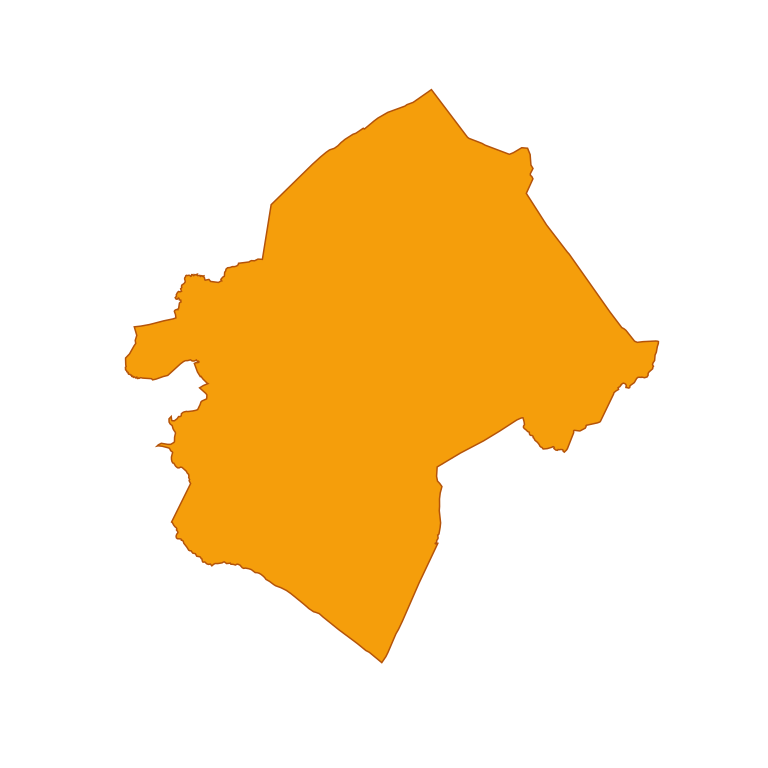 Chilchota, Michoacán, Mexico (Albers equal-area conic projection), rotated 322°
{"feature_id": "50627088B35949960945734", "entity_name": "Chilchota", "entity_type": "district", "adm_level": 2, "iso_a3": "MEX", "parent_name": "Mexico", "parent_adm1": "Michoacán", "projection": "albers", "projection_center": [-102.11, 19.805], "detail": "fine", "context": "isolated", "style": "filled", "palette": "amber", "viewbox_px": 768, "rotation_deg": 322, "n_neighbors": 0, "source": "geoboundaries", "source_scale": "gbopen_adm2", "svg_char_len": 6171}
<svg xmlns="http://www.w3.org/2000/svg" viewBox="0 0 768 768"><g transform="rotate(322 384 384)"><path d="M131.6,362.0L131.9,362.9L131.4,365.6L131.4,367.8L131.8,369.3L131.7,370.2L131.3,370.9L130.6,371.2L130.6,372.9L130.3,374.0L129.5,374.5L128.3,374.7L127.0,375.5L126.2,376.3L125.7,377.4L125.9,378.7L128.3,380.8L128.6,381.5L128.1,382.4L128.8,383.0L129.0,384.3L128.2,386.3L128.2,391.2L127.8,394.7L128.3,395.8L129.2,396.5L129.2,399.6L130.9,401.6L130.4,404.4L132.6,406.9L132.7,408.0L132.4,409.0L132.8,409.8L131.8,411.7L131.6,412.7L132.0,413.2L132.9,413.6L133.3,414.2L133.6,416.5L134.6,418.1L136.3,419.0L136.4,421.3L138.8,421.2L140.4,421.5L142.5,423.2L146.4,425.3L147.8,425.4L148.7,425.9L149.4,428.6L152.6,430.6L152.4,431.8L154.1,433.2L155.5,435.2L157.1,435.4L157.8,435.9L159.0,438.0L159.2,441.5L159.9,442.9L161.4,443.7L163.8,446.4L165.2,448.6L166.4,453.3L168.0,454.7L169.1,456.3L169.9,458.3L170.5,460.9L170.8,463.0L170.7,465.3L172.3,469.2L173.6,474.1L174.4,476.3L177.4,481.1L180.0,486.6L181.6,491.9L185.2,507.7L186.6,514.9L188.3,520.1L189.7,522.0L191.6,525.1L192.5,530.1L197.0,549.4L203.2,572.2L205.6,582.8L207.2,586.3L210.7,602.2L217.6,600.0L221.8,598.0L239.6,588.2L244.3,586.3L252.5,582.2L289.1,562.4L328.1,542.8L326.8,542.1L326.2,541.6L326.3,541.1L328.1,541.3L328.7,540.2L329.4,539.6L330.3,539.5L331.8,538.7L333.3,536.1L333.8,536.3L335.0,536.0L339.9,531.6L343.1,528.3L349.6,517.8L352.4,514.7L357.0,508.7L361.2,504.5L366.5,500.5L366.7,496.8L366.4,493.4L368.6,489.1L374.8,482.1L401.4,485.4L427.4,490.1L446.1,492.3L466.5,494.1L470.6,495.1L472.1,495.7L472.7,496.2L471.2,499.9L469.7,502.5L468.0,503.1L467.2,504.0L467.1,505.4L467.8,508.2L467.9,509.8L468.8,511.5L467.9,512.8L467.7,514.1L468.0,514.8L469.0,515.8L469.3,517.1L468.5,518.1L468.8,518.9L468.3,521.3L469.0,524.5L469.0,527.4L468.6,528.7L468.8,530.2L469.4,531.2L469.4,533.2L472.8,535.4L477.6,537.3L478.2,537.2L478.9,537.7L479.1,538.1L478.9,539.1L478.3,539.2L478.2,539.5L478.7,541.8L479.8,543.0L480.9,542.8L481.2,543.4L483.1,544.5L484.3,545.7L484.3,546.4L483.8,547.1L484.1,548.7L487.2,548.4L488.7,547.9L503.4,539.2L504.7,537.6L505.4,537.6L509.1,541.3L509.7,541.7L515.4,542.7L517.1,541.9L517.4,541.3L518.0,541.1L528.4,546.1L530.8,546.8L531.7,546.6L558.7,533.3L559.9,532.4L562.5,532.3L565.5,532.7L566.2,531.0L568.2,531.3L569.4,531.0L569.9,530.5L570.6,530.8L571.5,530.4L572.5,530.5L573.3,530.8L574.1,532.1L574.3,533.1L573.8,534.7L572.6,535.4L572.5,535.7L573.6,536.8L574.0,537.6L574.6,537.9L575.2,538.1L575.8,537.8L576.8,536.8L582.1,537.0L586.5,535.2L588.2,535.1L589.9,536.3L590.6,537.1L591.3,537.2L593.2,539.5L595.7,540.4L597.5,539.7L598.7,538.2L600.2,537.7L605.1,537.4L606.0,536.4L607.3,535.9L607.3,534.8L607.7,533.9L608.4,533.4L609.2,532.9L611.7,532.1L615.4,528.1L618.2,526.6L622.3,522.9L625.1,521.0L626.4,519.5L626.1,518.9L624.7,517.5L614.2,510.1L609.2,507.1L607.8,504.5L607.7,490.7L607.1,488.1L606.1,486.0L606.4,466.4L609.9,395.5L609.7,392.7L610.0,358.8L613.5,321.4L627.7,314.0L628.2,311.6L627.9,309.5L628.9,308.3L634.1,305.9L634.6,301.9L640.4,293.2L642.3,286.6L638.0,282.6L628.5,281.4L624.2,280.2L610.7,258.0L609.4,254.8L602.1,242.6L601.7,240.8L602.6,181.2L580.3,180.0L574.1,178.0L571.6,177.9L554.3,172.3L543.1,170.7L538.1,170.6L525.6,171.0L525.1,169.7L516.2,169.1L513.3,168.1L504.0,167.2L498.8,167.3L494.4,167.9L490.0,167.7L485.2,166.0L481.1,165.8L473.8,166.0L463.0,166.8L405.5,173.2L364.9,210.9L361.6,208.0L357.9,207.2L355.4,205.1L354.0,204.8L352.7,204.7L343.7,199.3L342.7,200.2L340.5,200.3L338.5,199.5L336.7,198.1L334.4,197.4L332.3,196.1L330.3,196.2L328.5,197.6L327.3,197.8L324.5,200.8L322.7,200.5L319.9,201.1L319.6,202.8L318.7,202.3L317.6,202.3L316.0,202.0L310.5,196.4L310.4,193.8L307.0,192.1L307.2,191.1L307.8,190.1L308.0,188.6L308.7,187.9L308.0,187.6L307.5,187.7L307.1,187.3L307.5,187.0L306.3,185.7L305.6,186.1L305.2,184.5L303.9,184.0L303.6,183.0L304.4,182.5L302.2,181.7L301.8,181.4L301.7,180.9L300.8,181.4L300.3,179.8L299.8,179.4L298.6,180.3L297.9,180.1L297.8,179.1L297.4,178.3L295.7,177.4L295.2,176.7L294.4,176.7L293.4,177.4L292.3,177.7L291.5,178.5L291.1,179.7L290.2,181.2L288.4,181.7L285.5,181.6L284.6,182.3L284.2,183.3L283.7,183.6L282.4,183.7L281.5,186.3L280.0,185.8L279.1,184.6L277.7,184.7L275.2,185.8L274.5,187.1L272.6,187.4L272.4,188.8L272.7,189.4L273.4,189.9L274.9,189.6L275.2,190.3L274.5,191.7L275.5,192.8L274.5,194.4L273.6,194.1L272.6,194.3L268.9,197.8L267.8,198.0L267.4,198.5L266.4,197.6L264.9,197.2L263.9,197.4L263.5,197.7L262.4,201.0L260.7,203.8L257.6,202.7L249.3,198.6L235.7,192.7L227.9,188.6L222.4,185.2L219.1,193.5L214.8,196.5L213.3,199.2L210.6,200.0L202.0,203.6L196.4,204.4L195.8,205.1L192.2,210.0L191.5,211.6L190.6,211.6L190.0,212.2L189.7,213.3L189.1,213.6L189.3,215.2L188.9,216.0L189.5,217.4L188.8,218.3L188.9,219.2L189.7,219.9L189.8,220.9L190.4,221.6L190.4,222.0L190.1,222.2L189.9,222.7L190.8,223.3L190.6,223.8L190.6,224.4L191.1,224.4L191.7,224.8L191.9,225.4L191.9,226.0L192.1,226.4L193.4,226.4L193.0,227.7L193.2,228.0L194.1,228.1L194.3,228.7L196.2,229.2L197.5,230.8L204.1,236.7L204.2,238.3L207.4,239.8L214.6,242.2L218.9,244.1L236.1,242.8L239.8,242.9L241.8,243.3L243.7,244.7L246.4,245.8L247.0,247.7L248.1,248.7L249.1,249.2L251.0,249.6L250.8,250.6L251.0,251.2L251.8,251.7L251.8,252.7L251.5,252.8L250.8,252.7L248.6,251.3L247.2,251.0L244.4,259.7L243.8,265.1L244.5,265.3L244.4,268.7L245.1,274.1L245.5,275.3L240.8,274.0L236.3,273.5L237.8,281.8L237.7,283.6L236.0,285.6L235.0,286.5L230.1,285.3L228.6,285.5L226.6,286.9L221.5,289.4L220.0,289.1L216.7,287.5L212.4,284.9L211.4,283.9L209.2,282.9L207.9,282.6L206.0,282.7L204.7,284.2L203.2,284.1L202.1,283.2L199.6,284.0L196.1,283.9L194.4,282.4L194.4,281.8L196.3,278.6L193.1,279.1L191.2,281.7L190.9,284.0L191.5,286.3L190.2,289.4L189.9,291.6L189.9,292.9L189.5,294.3L186.2,297.0L183.5,300.3L182.6,300.7L179.1,300.3L178.3,299.9L176.4,298.4L172.0,293.6L168.7,293.0L167.0,293.2L168.0,293.7L170.9,296.5L175.1,302.0L175.2,302.8L175.2,304.1L174.8,305.1L175.4,307.1L175.3,307.8L171.5,310.7L170.1,312.6L169.3,314.2L168.9,316.1L169.6,317.0L169.2,320.4L169.7,322.9L170.8,323.9L172.6,324.3L173.5,325.4L174.5,331.0L174.1,333.4L174.4,334.9L173.4,336.7L172.6,337.3L172.0,339.6L170.9,340.2L170.3,343.4L131.6,362.0Z" fill="#f59e0b" stroke="#b45309" stroke-width="1.5"/></g></svg>